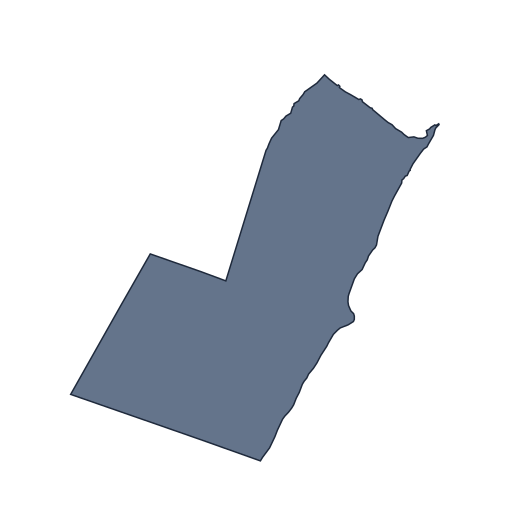 Aleipata itupa i Luga, Atua, Samoa, rotated 288°
{"feature_id": "51752279B27667429376440", "entity_name": "Aleipata itupa i Luga", "entity_type": "district", "adm_level": 2, "iso_a3": "WSM", "parent_name": "Samoa", "parent_adm1": "Atua", "projection": "robinson", "projection_center": [-171.453, -14.031], "detail": "fine", "context": "isolated", "style": "filled", "palette": "slate", "viewbox_px": 512, "rotation_deg": 288, "n_neighbors": 0, "source": "geoboundaries", "source_scale": "gbopen_adm2", "svg_char_len": 1650}
<svg xmlns="http://www.w3.org/2000/svg" viewBox="0 0 512 512"><g transform="rotate(288 256 256)"><path d="M62.5,323.5L66.4,324.4L77.7,328.2L89.9,329.8L97.1,330.2L109.0,331.7L112.7,332.9L117.5,335.2L122.3,336.9L126.1,337.8L133.1,338.2L139.6,339.3L148.3,339.7L151.8,340.5L155.6,342.0L160.0,342.5L166.9,345.3L173.2,347.0L181.6,348.4L192.0,351.2L195.7,351.7L205.4,353.8L210.6,356.4L213.7,358.4L219.0,364.9L223.8,368.9L226.1,369.1L229.2,368.1L231.3,366.7L233.1,363.2L237.5,359.3L240.9,357.6L246.1,356.2L248.7,356.1L264.7,356.6L270.4,358.0L275.9,361.1L283.3,362.0L286.7,363.0L290.8,363.0L297.8,365.1L300.5,366.6L303.7,367.2L312.4,365.9L329.5,366.7L339.3,367.6L350.3,368.3L356.0,369.2L370.4,372.0L373.3,371.3L375.2,372.5L378.1,373.3L379.3,374.9L384.0,375.4L385.2,376.2L386.0,375.8L392.2,376.8L404.5,380.6L409.5,382.4L412.6,384.9L415.8,385.4L425.5,387.5L431.3,387.2L433.2,387.4L437.5,389.5L438.2,388.9L435.7,386.8L436.0,385.6L432.2,382.4L430.6,381.9L427.8,379.3L423.6,381.8L421.3,380.4L419.4,378.1L418.0,373.6L418.1,369.4L415.7,364.2L417.3,359.2L418.8,356.2L420.3,349.4L422.9,344.8L423.8,340.3L425.6,335.6L431.2,321.8L432.4,320.8L432.3,318.7L435.6,309.6L437.3,308.5L437.7,306.8L436.6,305.4L438.6,296.5L439.7,290.3L441.9,283.3L443.3,283.3L444.2,281.6L443.2,280.6L446.7,271.2L449.5,265.2L439.2,260.5L427.3,251.6L424.1,250.9L419.3,248.9L416.8,248.7L412.7,245.1L410.3,245.6L408.9,244.7L402.5,244.9L398.4,241.3L394.9,239.9L392.6,238.1L383.1,238.3L372.9,234.4L366.7,233.7L362.0,233.5L359.7,232.9L223.0,235.0L224.1,208.5L224.7,180.9L225.3,154.8L168.0,142.9L67.1,122.5L65.5,201.0L64.3,257.8L62.5,323.5Z" fill="#64748b" stroke="#1e293b" stroke-width="1.5"/></g></svg>